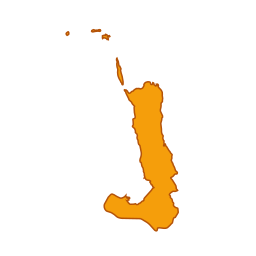 the border of Sulawesi Selatan, rotated 168°
{"feature_id": "IDN-1236", "entity_name": "Sulawesi Selatan", "entity_type": "Province", "adm_level": 1, "iso_a3": "IDN", "parent_name": "Indonesia", "parent_adm1": "", "projection": "natural_earth1", "projection_center": [120.285, -4.627], "detail": "fine", "context": "isolated", "style": "filled", "palette": "amber", "viewbox_px": 256, "rotation_deg": 168, "n_neighbors": 0, "source": "natural_earth", "source_scale": "10m", "svg_char_len": 5773}
<svg xmlns="http://www.w3.org/2000/svg" viewBox="0 0 256 256"><g transform="rotate(168 128 128)"><path d="M144.2,62.5L144.3,62.2L144.1,61.0L143.7,60.2L143.4,60.6L143.1,60.6L143.0,60.2L142.7,59.2L142.5,58.8L142.2,59.1L141.9,59.9L141.8,60.1L141.5,60.1L141.2,59.8L141.0,59.5L140.9,59.2L141.1,58.7L141.6,58.6L142.0,58.3L142.2,57.4L142.8,57.6L143.1,57.4L143.6,56.4L144.0,56.7L143.0,54.4L142.6,54.1L142.6,53.9L142.4,53.6L141.9,53.1L141.6,52.9L137.6,52.2L136.9,52.4L136.6,52.4L135.6,51.4L134.8,51.2L134.0,51.2L133.5,51.5L133.1,51.8L132.6,52.0L131.9,52.0L131.4,52.2L129.6,53.3L129.1,53.5L128.4,53.5L127.7,53.8L127.4,54.3L127.2,55.0L126.9,55.6L126.3,56.2L118.1,62.2L116.8,63.5L116.1,64.0L115.1,64.3L115.3,64.8L115.9,65.4L116.2,66.9L116.3,67.3L116.6,67.4L117.0,67.8L117.5,69.8L117.8,70.5L117.6,70.7L117.1,71.3L117.8,72.1L118.5,72.5L120.1,73.1L121.1,73.9L121.2,74.1L121.4,74.9L121.6,75.5L121.9,75.8L122.5,75.7L122.3,76.1L121.7,77.2L121.9,78.4L121.7,79.1L121.5,80.5L121.8,81.6L121.9,82.1L121.9,82.4L121.7,83.0L121.6,85.0L121.6,85.6L122.2,87.4L122.3,88.1L122.3,91.3L122.4,91.6L123.1,92.2L123.1,93.7L122.6,95.1L121.2,97.5L120.7,98.7L120.3,100.0L120.1,101.4L120.0,107.9L120.1,108.5L120.9,109.9L121.0,110.4L121.0,112.0L120.8,113.6L120.8,114.1L121.2,115.3L121.2,116.6L120.4,118.8L120.5,120.2L121.3,121.3L121.7,122.1L121.4,123.4L121.4,124.3L121.5,125.3L121.7,126.0L122.1,126.7L123.1,128.0L123.3,128.7L123.1,129.1L122.2,130.0L122.1,130.3L121.5,134.1L121.5,135.0L121.2,135.7L120.5,135.9L119.7,136.0L119.2,136.2L118.6,137.3L118.5,141.9L117.8,146.5L117.5,147.3L117.1,147.9L118.5,150.3L118.8,150.9L119.2,152.5L119.5,153.0L121.0,155.1L121.2,155.6L121.2,156.4L122.7,162.3L122.8,163.8L123.6,165.2L123.7,165.9L123.5,166.1L122.6,165.6L122.1,165.7L120.9,164.2L120.8,163.8L120.7,163.3L120.1,162.1L119.9,161.8L119.1,161.7L118.2,162.0L117.4,162.5L116.7,162.9L115.2,163.1L114.2,163.9L113.6,164.2L112.3,164.6L111.7,164.9L111.3,164.7L110.8,164.7L108.8,164.3L108.0,163.7L107.1,163.7L106.2,163.8L105.6,163.9L105.1,164.3L103.7,165.9L103.5,166.3L103.4,167.1L103.3,167.4L102.6,168.1L102.0,168.6L100.9,169.0L99.3,169.1L97.8,168.8L96.8,168.1L96.7,167.4L96.7,166.5L96.4,165.8L95.6,165.5L94.9,165.9L94.6,166.7L94.3,167.2L93.7,166.8L93.5,166.3L93.5,165.4L93.5,164.9L93.2,164.5L92.7,164.1L92.5,163.5L92.1,163.4L91.1,163.6L90.5,164.1L91.0,164.9L90.3,164.9L89.8,164.6L89.5,164.1L89.4,163.2L89.9,162.1L89.7,161.7L89.5,161.3L89.2,160.6L88.0,158.8L87.4,157.3L87.1,155.8L87.4,153.9L87.7,152.8L87.9,150.3L88.0,149.5L88.5,148.2L88.8,146.9L88.9,146.6L90.2,145.7L90.6,145.0L90.8,144.3L91.0,143.0L91.4,141.7L92.6,139.0L92.8,137.7L91.7,132.8L91.9,131.4L92.8,130.7L93.2,129.5L93.3,129.0L94.8,126.1L95.0,125.6L95.5,120.1L96.0,117.5L96.1,116.0L95.8,114.2L95.4,113.6L95.3,113.3L95.4,112.5L96.0,111.1L96.1,110.3L95.9,108.7L95.5,108.0L95.5,107.6L95.9,106.6L95.9,106.2L95.9,105.5L95.9,105.1L96.7,103.8L96.8,103.2L96.3,103.0L95.5,103.1L95.3,103.5L95.2,104.2L95.0,105.1L94.8,104.4L94.8,102.9L94.1,101.7L92.6,97.4L91.9,96.2L91.5,94.7L90.5,93.1L90.4,92.6L91.0,91.4L91.4,89.3L91.7,88.7L92.2,87.9L92.4,87.4L92.3,86.8L91.9,84.8L91.7,84.5L91.6,84.4L91.4,82.2L90.8,80.0L90.7,79.5L90.4,76.6L90.1,76.0L89.2,74.9L89.0,74.1L89.1,73.7L89.3,73.3L89.6,73.0L90.0,72.9L91.1,73.2L91.6,73.1L92.2,72.8L93.3,71.9L94.0,71.4L94.6,71.1L96.1,70.7L96.5,70.5L96.6,70.1L96.4,69.6L95.5,68.1L93.4,62.3L93.2,61.6L93.2,60.9L93.2,60.1L93.3,59.3L93.4,58.8L93.3,58.4L92.4,56.7L93.0,56.4L94.6,56.2L95.2,56.2L96.4,56.6L97.3,56.7L99.4,55.9L100.7,55.1L101.1,54.7L101.4,54.2L101.4,53.9L101.3,53.7L100.9,53.1L100.7,52.7L101.0,51.1L99.8,49.3L99.7,47.8L99.8,46.9L99.7,46.3L99.1,45.3L99.0,44.9L99.1,44.5L99.5,43.5L99.6,42.8L99.5,42.4L99.2,41.9L98.8,41.2L97.6,40.1L96.5,39.5L96.1,39.2L96.0,38.9L96.3,35.9L96.4,35.1L96.8,34.5L100.3,30.8L100.7,30.7L101.5,30.7L101.9,30.5L102.3,30.0L102.7,29.5L104.3,26.0L105.4,25.4L107.3,24.0L110.0,22.4L110.7,22.2L111.8,22.1L113.6,22.4L118.1,23.9L119.1,24.0L119.8,23.9L120.0,23.6L120.7,22.0L121.1,21.6L121.8,21.5L122.5,21.9L123.2,22.6L126.7,28.7L127.8,30.3L129.0,31.7L133.6,36.0L134.9,36.8L152.9,41.0L154.5,41.6L156.2,42.5L156.9,43.1L157.5,43.7L159.4,46.2L161.5,48.3L162.4,49.0L165.9,51.0L166.6,51.7L167.0,52.4L167.4,53.3L167.6,54.3L167.7,55.1L167.6,55.9L167.5,56.7L167.3,57.4L166.9,58.3L161.7,64.4L159.1,66.2L158.4,66.6L158.0,66.7L157.5,66.7L157.1,66.6L155.7,65.7L152.9,63.1L150.5,61.3L150.0,61.0L149.4,60.8L148.9,60.8L148.2,60.8L146.8,61.1L145.6,61.5L144.2,62.5ZM126.4,178.0L126.7,179.6L126.9,181.2L126.8,182.9L126.6,184.6L125.9,187.0L125.8,187.8L126.0,189.9L125.9,191.3L125.6,193.2L125.0,194.6L124.9,195.4L125.1,196.9L124.9,197.6L124.6,198.4L124.3,198.6L124.1,197.0L123.8,195.7L123.7,195.0L123.9,190.9L123.8,190.5L123.6,190.3L123.2,190.2L123.1,189.9L123.0,189.0L122.6,187.8L122.6,187.5L122.7,187.0L123.2,186.3L123.3,185.7L123.3,183.5L123.0,179.5L123.2,174.4L123.5,172.8L123.9,171.5L124.3,171.4L124.5,171.5L124.7,171.8L124.8,172.1L124.8,173.0L125.0,173.6L125.3,174.1L125.5,174.7L125.6,175.6L126.4,178.0ZM133.4,221.4L133.9,220.8L134.2,220.7L134.3,221.3L134.2,221.9L133.9,223.0L133.8,223.5L132.9,223.7L131.7,223.6L130.9,223.3L130.9,223.9L130.5,224.3L129.3,223.6L128.9,222.7L129.0,222.1L128.1,222.3L127.6,222.1L127.0,222.2L126.7,221.3L127.1,221.1L127.9,221.6L128.6,221.2L128.8,220.2L128.7,219.4L128.9,218.5L129.4,218.8L130.0,218.9L130.7,220.2L133.0,221.4L133.4,221.4ZM140.0,229.3L142.0,229.3L143.0,229.5L143.5,230.1L143.2,230.8L142.2,231.2L141.1,231.3L140.6,231.0L140.2,230.5L138.1,230.2L137.4,229.8L136.9,230.1L136.1,230.2L135.3,230.1L134.7,229.8L134.6,229.5L134.5,229.2L134.6,228.9L134.8,228.6L135.3,228.4L135.9,228.5L137.1,229.0L140.0,229.3ZM167.0,231.7L168.3,231.3L168.9,232.2L168.8,233.4L168.0,234.0L166.9,234.5L166.3,234.4L166.1,233.6L166.2,233.0L166.3,232.4L166.6,231.9L167.0,231.7Z" fill="#f59e0b" stroke="#b45309" stroke-width="1.5"/></g></svg>